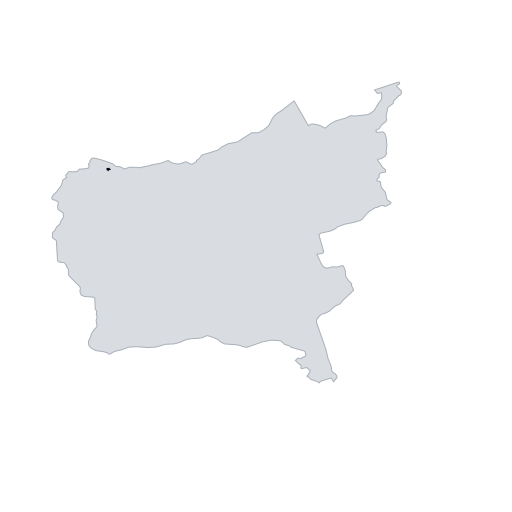 Bunia, Orientale, Democratic Republic of the Congo shown in context, rotated 252°
{"feature_id": "63176286B65216379244562", "entity_name": "Bunia", "entity_type": "district", "adm_level": 2, "iso_a3": "COD", "parent_name": "Democratic Republic of the Congo", "parent_adm1": "Orientale", "projection": "equal_earth", "projection_center": [30.259, 1.541], "detail": "fine", "context": "in_parent", "style": "filled", "palette": "ink", "viewbox_px": 512, "rotation_deg": 252, "n_neighbors": 0, "source": "geoboundaries", "source_scale": "gbopen_adm2", "svg_char_len": 4047}
<svg xmlns="http://www.w3.org/2000/svg" viewBox="0 0 512 512"><g transform="rotate(252 256 256)"><path d="M391.7,340.2L363.8,346.1L364.4,348.2L364.1,350.5L363.4,352.2L360.6,356.8L356.4,361.1L356.4,362.1L358.5,366.8L359.8,373.3L359.5,384.7L360.1,387.8L360.0,390.2L358.6,392.9L355.8,406.6L357.7,413.2L363.2,419.4L366.4,424.0L371.9,425.7L372.7,425.4L373.1,421.6L377.3,420.1L377.4,444.5L377.1,445.9L376.3,446.2L375.2,445.4L374.9,443.1L373.8,442.1L368.5,445.1L367.2,445.0L365.7,444.5L364.6,443.3L364.3,441.4L360.6,434.3L358.8,433.8L356.7,427.4L348.4,422.7L345.2,422.4L343.6,420.9L341.9,415.9L339.1,412.7L338.5,409.1L337.9,408.6L336.2,409.3L334.8,415.0L332.9,416.3L329.5,416.5L321.0,414.8L314.9,411.9L313.3,412.1L310.9,409.4L309.8,405.0L310.4,401.7L309.9,401.2L300.6,404.0L298.4,405.7L296.3,405.3L295.7,404.4L296.5,402.0L296.1,399.5L295.4,398.3L292.6,397.4L291.7,394.7L290.1,394.3L289.5,394.7L289.1,396.5L288.1,397.2L282.5,396.3L276.8,398.7L269.0,398.0L265.4,400.9L264.9,400.8L264.0,399.3L263.3,394.7L263.7,393.4L264.8,392.5L265.2,390.7L264.8,385.9L265.1,384.7L264.6,381.9L263.4,377.5L261.8,373.9L258.2,368.5L257.6,366.0L257.7,359.9L258.8,350.3L258.6,343.2L257.1,338.6L256.8,333.6L257.7,324.6L256.7,322.4L239.1,321.7L238.3,321.0L238.0,319.7L238.8,314.4L228.0,315.8L224.8,316.8L222.8,319.0L222.2,321.7L222.1,325.6L220.5,329.3L220.1,335.6L217.2,336.3L214.2,336.3L208.4,335.0L202.9,336.8L200.1,338.5L198.7,337.7L193.7,338.3L193.0,337.8L187.2,325.4L184.6,321.2L184.1,319.2L184.2,317.3L183.5,314.7L180.8,308.3L180.3,305.3L180.3,300.7L180.0,299.1L177.6,295.1L176.0,293.7L174.2,293.0L145.3,293.6L135.8,292.8L128.8,293.4L125.3,293.0L124.3,292.4L121.1,293.3L119.5,295.0L117.0,295.8L115.4,295.5L112.4,290.9L116.5,290.0L116.8,289.6L116.9,278.5L115.8,276.9L118.0,275.0L121.5,270.1L124.9,268.4L125.3,267.4L126.1,267.4L127.3,269.5L130.3,272.2L134.0,269.8L134.4,269.1L134.8,264.4L135.7,264.0L137.3,265.0L138.2,265.0L139.8,263.6L144.5,261.2L145.9,264.3L144.6,267.0L145.2,269.0L145.3,272.0L146.1,272.7L149.8,273.1L150.9,272.3L158.2,261.4L160.1,260.1L163.1,255.8L167.2,253.8L169.0,250.4L171.3,244.3L172.4,235.4L171.9,220.2L172.3,218.1L177.1,211.2L182.2,198.7L185.7,195.4L188.3,194.1L192.2,189.6L195.4,185.0L195.0,179.4L195.7,174.9L197.4,169.0L198.0,162.9L197.4,156.4L197.7,151.0L200.0,142.6L200.3,132.8L202.4,124.7L206.7,114.3L208.7,106.6L208.3,99.0L208.9,93.4L208.7,90.1L207.9,87.2L208.3,85.4L209.9,84.7L211.9,81.8L215.6,74.3L219.4,70.7L222.1,69.5L224.9,69.7L226.7,70.3L229.6,73.2L233.0,75.6L235.5,78.5L238.0,83.0L244.0,84.0L246.5,85.7L248.1,86.3L248.7,85.9L249.9,86.1L252.7,87.5L255.0,86.7L266.1,89.7L267.3,88.2L270.5,80.4L272.8,77.7L276.6,77.5L279.5,79.0L281.1,79.0L294.7,72.2L296.5,71.9L301.5,73.5L304.7,72.5L306.0,72.8L308.8,71.6L311.0,66.9L312.9,65.8L332.5,70.9L335.5,68.4L336.9,68.1L341.2,69.9L342.5,72.8L345.2,75.2L347.0,79.3L349.9,81.6L351.4,83.8L353.1,85.3L356.7,85.8L361.2,82.2L364.4,82.5L367.6,84.5L368.7,84.5L371.1,82.3L372.4,80.0L373.6,79.5L375.5,80.5L377.1,82.7L378.4,85.8L383.3,92.8L388.0,95.8L389.2,100.1L390.9,99.7L391.8,100.1L393.0,102.8L393.9,103.3L394.0,104.4L392.9,107.0L391.7,111.9L393.2,114.9L392.0,119.3L391.4,123.8L392.9,125.0L394.9,124.9L396.7,127.2L398.1,127.6L399.6,130.1L399.3,132.2L394.6,139.6L387.6,148.6L385.2,149.7L384.0,151.4L383.1,154.0L381.1,156.2L379.5,157.1L379.4,163.6L377.0,170.4L376.1,171.8L374.8,182.8L375.0,184.7L373.7,193.7L374.0,202.0L370.6,204.7L368.2,208.8L367.2,211.6L367.3,218.4L363.4,222.6L363.1,223.6L364.1,228.4L365.5,229.1L365.5,230.7L368.7,235.9L368.5,251.8L368.7,253.3L370.3,257.1L371.4,264.3L370.2,273.4L374.5,290.1L372.5,296.3L373.5,302.1L376.0,308.3L382.0,314.3L383.6,316.8L385.1,320.2L386.5,325.4L391.7,340.2Z" fill="#d9dde1" stroke="#a8b0b8" stroke-width="1"/><path d="M384.9,141.5L384.6,141.4L384.4,141.3L384.1,141.3L383.9,141.4L383.7,141.6L383.8,141.6L383.9,142.2L383.7,143.0L383.7,143.4L383.7,143.6L383.9,143.5L384.0,143.4L384.4,143.4L384.5,143.4L384.5,143.5L384.6,143.3L384.5,142.8L384.6,142.6L384.8,142.2L384.9,141.8L384.8,141.7L384.9,141.5Z" fill="#0f172a" stroke="#020617" stroke-width="1.5"/></g></svg>